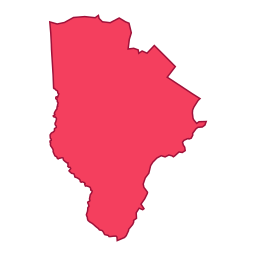 York, Maine, United States of America
{"feature_id": "52423323B79738313755225", "entity_name": "York", "entity_type": "district", "adm_level": 2, "iso_a3": "USA", "parent_name": "United States of America", "parent_adm1": "Maine", "projection": "natural_earth1", "projection_center": [-70.788, 43.437], "detail": "fine", "context": "isolated", "style": "filled", "palette": "rose", "viewbox_px": 256, "rotation_deg": 0, "n_neighbors": 0, "source": "geoboundaries", "source_scale": "gbopen_adm2", "svg_char_len": 3332}
<svg xmlns="http://www.w3.org/2000/svg" viewBox="0 0 256 256"><path d="M49.8,21.9L50.8,33.6L51.4,44.9L51.4,45.9L51.5,48.8L51.5,49.1L52.9,71.8L53.1,75.0L53.6,88.1L54.2,88.7L54.6,88.6L56.2,90.3L57.3,90.8L57.6,91.3L57.8,92.9L58.2,93.4L58.5,93.5L58.8,93.9L57.7,96.9L57.6,96.6L56.1,96.9L55.8,97.5L55.8,98.2L55.8,98.6L56.0,98.9L57.0,99.7L57.3,100.5L57.3,101.7L57.4,101.9L58.0,102.4L58.0,103.5L57.4,105.3L57.7,105.7L57.8,106.2L57.1,106.7L56.8,109.3L56.1,109.8L55.0,111.7L54.3,113.2L54.5,113.9L54.9,114.3L54.7,114.9L53.2,115.9L53.5,116.6L54.0,116.9L55.2,117.2L55.5,117.1L56.3,118.2L56.5,119.1L55.7,122.0L55.1,123.0L55.0,123.9L55.2,124.8L56.2,126.1L56.3,126.9L56.3,127.5L54.5,128.6L54.4,129.2L54.6,130.2L54.0,131.3L53.1,132.1L52.3,132.4L51.2,133.2L50.2,134.7L50.1,135.4L50.3,137.9L50.5,138.5L51.2,139.2L51.2,139.7L51.2,140.5L50.1,140.9L50.0,141.5L50.0,142.1L50.6,142.9L50.4,143.7L50.4,145.0L50.5,145.2L50.8,145.9L50.8,146.1L51.4,146.8L52.7,148.8L53.2,150.1L53.1,151.5L53.4,152.4L54.9,155.8L55.6,156.3L56.5,156.6L57.1,157.6L57.4,158.5L58.2,158.9L58.6,158.5L62.0,157.7L63.0,157.9L63.2,158.5L63.3,159.6L63.5,160.0L65.1,161.5L66.9,162.8L67.1,162.9L67.9,162.9L68.0,165.9L67.8,166.4L68.4,166.9L69.0,167.4L69.7,167.3L70.2,167.4L70.7,168.5L70.4,169.2L69.8,169.8L69.0,170.8L69.3,171.3L71.0,172.8L71.6,173.3L73.1,173.6L74.0,174.0L74.6,175.6L74.8,176.9L75.1,177.1L77.2,177.8L79.3,179.2L79.5,179.3L79.9,179.9L80.3,180.9L80.3,181.6L80.6,181.9L81.4,182.2L82.1,181.8L84.2,182.5L85.1,183.4L85.0,183.7L84.7,183.9L84.7,184.2L85.3,185.9L85.6,186.1L86.5,185.9L87.8,186.3L88.1,186.4L88.5,186.5L88.9,186.7L89.0,186.7L90.2,187.4L90.2,187.5L90.6,188.3L90.8,190.1L91.1,190.1L91.6,190.3L91.8,190.6L92.1,191.1L92.1,191.4L91.3,193.6L90.6,194.1L90.4,194.4L89.5,198.8L89.6,199.5L89.9,200.2L89.8,200.8L89.5,201.2L88.8,201.4L88.0,201.9L87.8,202.1L87.7,202.7L88.6,204.8L88.9,206.3L88.7,206.7L88.5,206.9L88.2,207.1L87.7,208.0L87.8,208.8L87.5,211.3L86.4,214.6L86.6,215.7L87.3,217.2L87.5,218.9L87.8,219.9L88.1,220.5L89.7,221.9L92.4,223.5L95.9,226.6L98.2,228.4L98.5,228.7L99.4,229.9L102.0,230.5L102.4,230.8L103.2,231.8L104.5,234.3L104.8,234.6L105.6,234.8L108.2,235.4L109.1,236.6L110.2,236.6L113.3,236.2L116.0,236.1L116.7,236.7L117.0,237.3L117.2,240.6L124.5,237.5L126.2,235.7L128.5,230.7L128.7,229.2L129.0,228.9L132.7,224.4L133.7,222.0L133.6,220.4L136.5,218.3L136.2,212.8L139.1,208.2L142.7,209.7L144.0,208.7L141.0,204.1L144.7,198.8L147.3,193.5L147.5,192.2L145.6,189.6L143.9,187.4L143.2,184.0L145.0,178.6L145.3,177.8L148.8,173.2L150.6,165.7L152.7,162.3L156.7,158.2L157.1,157.9L161.2,155.7L161.8,155.9L165.1,156.9L168.9,155.0L171.1,155.6L171.8,155.7L173.4,156.8L174.7,155.9L179.0,152.0L182.3,152.5L185.2,150.6L184.7,147.2L183.3,145.1L182.5,142.2L184.0,140.3L187.5,138.7L188.6,138.6L189.0,139.0L191.2,138.2L192.8,135.1L192.6,133.4L196.0,128.8L198.0,127.3L202.3,127.0L204.9,125.1L206.2,121.5L199.0,121.7L196.7,123.4L194.4,120.7L193.7,119.8L193.0,118.2L192.4,113.0L192.6,110.3L192.6,110.1L193.9,107.0L198.1,100.4L200.0,98.6L191.3,93.1L191.2,93.0L167.2,77.2L172.8,69.9L175.3,66.6L167.5,58.7L154.3,45.5L147.0,53.2L142.1,51.0L138.8,53.3L138.2,49.9L133.7,48.3L128.1,49.0L129.3,39.4L131.3,32.8L129.0,23.2L125.5,21.8L119.2,18.0L110.2,22.7L102.4,21.8L99.1,18.5L98.4,15.4L95.2,17.7L84.7,16.6L73.5,17.5L64.4,22.5L57.2,24.0L49.8,21.9Z" fill="#f43f5e" stroke="#9f1239" stroke-width="1.5"/></svg>